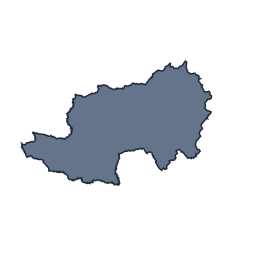 outline of Watthana Nakhon, Sa Kaeo, Thailand, rotated 41°
{"feature_id": "78962969B91417690270455", "entity_name": "Watthana Nakhon", "entity_type": "district", "adm_level": 2, "iso_a3": "THA", "parent_name": "Thailand", "parent_adm1": "Sa Kaeo", "projection": "orthographic", "projection_center": [102.317, 13.885], "detail": "fine", "context": "isolated", "style": "filled", "palette": "slate", "viewbox_px": 256, "rotation_deg": 41, "n_neighbors": 0, "source": "geoboundaries", "source_scale": "gbopen_adm2", "svg_char_len": 5853}
<svg xmlns="http://www.w3.org/2000/svg" viewBox="0 0 256 256"><g transform="rotate(41 128 128)"><path d="M181.2,137.9L181.0,134.8L183.0,135.1L184.0,133.3L182.1,131.3L182.4,126.5L180.7,125.8L181.6,123.8L182.2,123.9L184.1,121.5L183.6,120.2L184.0,119.9L183.8,119.2L181.5,117.8L181.9,114.9L180.0,113.6L179.4,113.8L180.3,110.7L182.9,110.7L184.0,111.2L184.7,110.2L193.0,111.6L193.1,110.7L195.9,109.4L195.3,108.4L197.4,107.6L197.2,106.6L198.1,104.2L196.6,103.7L196.1,103.1L197.6,102.0L197.7,98.2L195.9,97.6L195.0,98.5L193.7,98.4L190.0,96.7L188.2,93.5L188.2,86.4L186.5,86.2L185.4,85.4L184.2,82.4L184.7,81.0L184.6,79.7L181.7,78.3L181.0,77.5L180.9,69.8L182.1,68.7L180.8,68.2L180.4,67.6L180.4,66.7L180.9,66.0L180.2,65.4L180.8,64.2L180.3,61.4L179.5,61.4L176.1,63.0L173.0,62.7L172.4,61.1L169.6,58.4L169.4,53.9L170.6,52.8L171.3,51.4L170.9,50.3L169.9,48.9L167.8,49.2L166.8,47.7L165.0,47.1L164.3,48.5L163.3,49.3L162.9,50.5L161.2,50.4L158.2,48.9L156.9,49.1L156.5,47.2L155.9,46.7L154.5,47.3L152.9,46.7L151.0,46.6L149.8,45.4L149.8,44.2L150.3,43.3L148.2,43.8L147.6,42.4L147.0,42.2L145.7,42.5L145.4,43.3L142.5,42.7L140.0,46.1L136.3,46.5L132.2,44.1L128.9,39.7L127.4,39.8L127.3,40.8L128.0,44.8L127.6,46.5L126.6,47.5L126.9,50.1L125.4,51.0L123.9,52.7L121.2,52.3L119.9,54.0L118.8,53.3L118.0,51.7L117.3,51.5L117.0,55.5L115.9,57.1L116.5,57.7L116.7,59.6L117.1,59.8L116.8,62.0L115.4,63.4L112.9,64.5L112.9,65.4L112.4,65.8L111.8,70.0L111.1,71.0L112.1,71.9L112.1,72.7L112.9,73.1L112.5,73.5L112.9,73.9L112.2,75.0L112.8,75.3L112.0,77.6L112.7,79.8L112.4,80.6L112.7,83.8L108.7,85.8L108.2,87.2L107.7,87.3L106.9,88.5L105.8,88.5L104.5,89.6L104.4,90.1L102.1,91.0L102.2,92.9L100.3,96.8L98.3,97.7L97.8,98.6L98.8,100.0L98.6,101.1L97.9,101.2L98.3,101.8L97.4,102.8L96.0,103.3L94.8,104.8L93.9,104.7L93.5,105.4L94.1,105.6L94.1,105.9L92.5,107.1L91.9,108.6L90.4,108.8L90.0,109.2L88.8,109.1L87.6,110.2L85.4,109.7L85.1,110.1L83.8,110.1L83.6,110.6L82.4,110.7L82.0,111.3L81.1,111.6L80.6,113.2L79.7,113.5L79.9,114.3L77.9,115.2L77.6,116.5L80.6,118.1L81.3,121.5L80.4,122.3L80.0,123.8L78.8,125.4L77.6,125.7L77.6,127.1L75.4,132.0L75.5,132.6L75.0,133.4L73.1,133.9L72.7,134.3L72.2,134.4L72.1,134.1L71.1,134.4L70.1,135.6L69.6,135.4L68.9,136.2L67.2,136.9L67.1,137.4L66.3,137.1L66.2,137.3L68.6,139.7L68.3,141.5L67.4,141.8L67.5,142.3L69.3,144.3L70.0,144.2L69.5,145.0L70.3,145.0L70.2,145.4L71.0,145.6L71.2,146.3L71.9,147.0L72.2,146.8L72.6,147.5L72.4,148.3L72.8,148.8L72.4,149.1L73.0,150.2L72.6,151.1L72.3,151.0L72.5,151.4L72.2,151.7L72.5,152.5L72.9,152.5L73.4,154.2L72.9,154.2L72.7,154.8L73.1,155.5L72.7,155.7L72.9,156.5L72.5,157.2L73.1,157.2L73.4,158.0L75.0,158.1L75.0,159.2L76.3,159.7L76.0,160.0L76.4,160.7L76.0,161.1L76.5,161.2L76.8,162.2L77.2,162.2L77.5,162.8L78.1,162.6L77.9,163.1L78.9,163.9L80.1,163.8L80.6,164.8L81.1,164.8L82.3,163.9L82.8,164.5L84.5,164.7L84.7,165.3L84.8,165.0L85.1,165.2L84.9,164.7L85.2,164.5L86.7,165.1L87.0,165.8L86.4,166.4L86.7,166.1L87.2,166.7L86.7,167.1L87.4,167.8L88.2,167.8L87.9,168.6L88.6,168.7L89.1,169.8L89.0,170.7L88.0,171.3L88.8,173.5L88.6,174.4L87.6,175.1L87.9,175.8L87.3,177.9L86.8,177.8L86.6,178.4L86.1,178.3L85.8,179.0L85.1,179.1L84.9,179.5L84.0,179.4L83.1,180.8L82.2,181.2L81.5,182.8L77.1,183.4L76.7,184.5L74.7,184.2L74.5,185.6L73.7,186.1L69.0,187.9L64.2,191.2L62.1,191.8L61.7,192.7L59.2,193.4L59.4,194.3L61.6,194.3L61.8,194.8L63.5,195.2L64.1,196.3L64.5,196.2L64.6,196.9L65.8,197.4L66.0,198.9L65.7,200.8L64.3,201.3L63.2,203.0L62.9,204.2L61.9,204.8L61.3,205.8L61.6,206.5L61.0,208.6L59.6,209.3L57.9,209.4L59.1,210.2L59.0,210.7L60.1,211.2L60.2,211.9L60.5,211.6L61.1,212.3L61.6,212.1L61.8,212.8L62.2,212.6L63.3,213.3L64.5,213.2L64.5,213.5L65.0,213.2L66.2,214.2L66.2,214.6L67.2,214.4L68.4,214.9L69.0,215.7L71.0,216.3L71.5,214.8L72.4,214.2L72.1,213.8L72.7,212.8L73.5,212.4L74.3,212.8L74.7,212.4L75.1,212.8L76.9,212.9L78.6,211.3L79.4,211.4L80.0,210.6L81.6,210.2L82.4,209.2L84.0,208.3L85.4,208.1L86.8,209.6L87.8,209.4L94.4,210.3L95.3,210.8L95.5,211.5L96.7,212.3L99.0,209.9L100.6,209.8L102.2,207.8L103.0,208.0L103.1,207.5L104.1,207.5L104.3,206.4L105.2,206.6L105.1,205.3L106.0,205.6L107.4,204.7L107.4,203.8L109.0,204.1L109.1,203.7L109.6,204.1L112.7,203.4L113.5,203.5L115.7,205.1L117.0,205.3L117.7,205.2L118.2,204.5L120.1,204.2L120.5,203.5L120.9,203.9L121.6,203.2L121.0,202.7L121.6,202.7L122.7,200.6L122.4,200.3L123.5,199.6L123.0,199.1L123.1,198.2L124.3,198.1L124.6,197.4L125.4,196.8L125.9,197.1L125.8,196.7L126.2,196.9L126.3,196.6L127.8,197.4L127.5,197.9L127.9,198.3L129.5,198.4L133.1,196.8L132.8,196.6L133.3,196.5L133.4,195.6L133.8,195.8L134.2,195.4L135.0,195.3L135.0,194.8L135.5,194.7L134.9,194.1L137.0,192.5L137.2,191.9L136.3,191.8L135.8,190.5L138.2,189.0L138.7,187.6L140.5,186.1L141.6,186.1L142.7,185.2L143.4,185.5L143.7,184.9L144.3,184.8L144.5,184.2L147.1,184.1L147.8,183.2L149.2,183.0L149.9,181.1L151.4,180.5L151.4,179.1L152.1,179.1L152.7,179.7L154.1,179.3L154.4,179.7L154.6,179.1L154.9,179.4L155.7,179.1L156.4,177.6L157.9,177.7L158.3,177.1L158.2,176.5L157.4,176.5L157.6,176.0L158.1,176.1L157.9,175.0L156.9,174.9L156.4,174.1L155.5,174.2L155.4,173.6L154.9,173.9L154.4,172.4L153.8,172.4L153.9,172.8L153.1,172.7L153.2,171.7L152.1,172.0L151.7,171.2L151.2,171.7L150.2,170.3L149.3,170.9L148.7,170.3L148.2,170.8L147.5,169.1L146.9,169.0L146.2,168.3L146.2,167.1L145.8,167.0L146.1,166.3L144.8,165.8L144.9,165.1L144.1,164.8L144.0,163.2L143.2,162.3L143.2,161.2L141.8,158.5L141.3,156.1L140.2,155.3L139.8,155.4L139.7,154.9L138.2,153.9L138.7,153.7L138.4,153.3L138.7,152.5L139.9,150.7L140.6,148.1L141.5,147.2L141.5,146.2L142.6,146.2L143.4,144.1L144.7,144.1L145.3,142.8L147.3,141.4L147.8,138.8L149.6,137.7L150.3,135.8L151.3,135.0L152.2,135.0L152.5,133.6L153.2,133.2L157.4,134.7L159.1,134.8L159.4,132.4L161.7,131.0L162.7,131.2L164.2,132.5L165.7,132.2L165.9,133.3L170.7,134.2L171.0,134.5L170.9,135.5L174.6,137.0L177.7,137.9L181.2,137.9Z" fill="#64748b" stroke="#1e293b" stroke-width="1.5"/></g></svg>